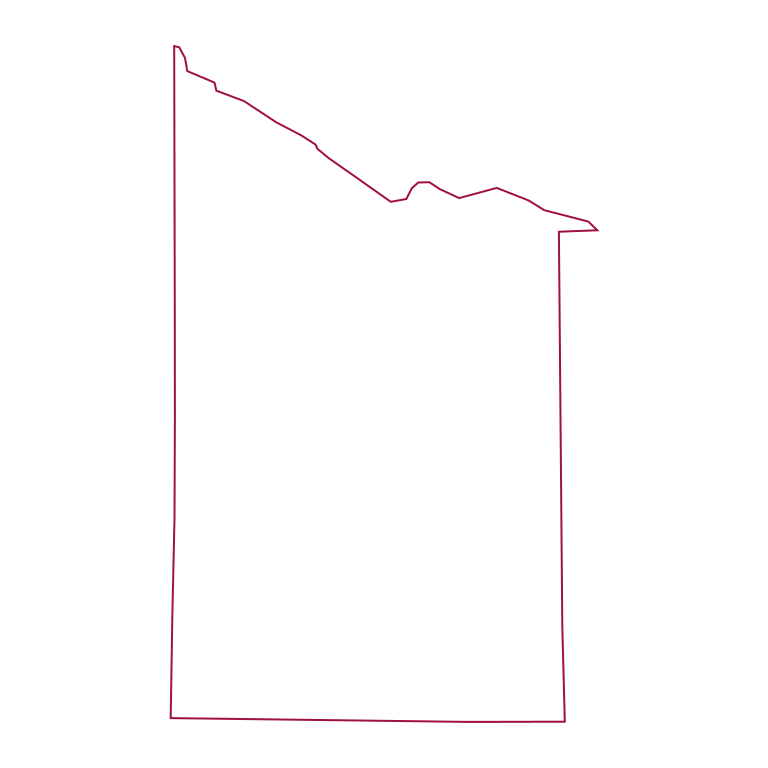 the district of Cheboygan, Michigan, United States of America
{"feature_id": "52423323B47673888365114", "entity_name": "Cheboygan", "entity_type": "district", "adm_level": 2, "iso_a3": "USA", "parent_name": "United States of America", "parent_adm1": "Michigan", "projection": "albers", "projection_center": [-84.497, 45.493], "detail": "fine", "context": "isolated", "style": "outline", "palette": "rose", "viewbox_px": 768, "rotation_deg": 0, "n_neighbors": 0, "source": "geoboundaries", "source_scale": "gbopen_adm2", "svg_char_len": 565}
<svg xmlns="http://www.w3.org/2000/svg" viewBox="0 0 768 768"><path d="M597.3,230.3L588.4,221.6L544.3,210.2L528.7,200.5L496.7,187.9L459.1,198.1L440.0,189.2L429.3,182.2L418.2,182.5L411.8,188.3L406.4,198.9L406.3,199.0L390.8,201.8L379.7,194.0L361.6,181.2L328.8,158.2L317.4,148.8L315.6,144.6L301.1,135.3L276.2,122.3L244.2,101.2L216.4,90.7L214.5,82.6L187.3,71.1L185.0,58.0L179.2,47.3L174.2,46.1L174.8,317.8L174.9,417.1L174.5,518.3L172.3,617.8L170.7,718.1L467.8,721.9L564.8,721.7L562.3,626.1L558.9,231.7L597.3,230.3Z" fill="none" stroke="#9f1239" stroke-width="2"/></svg>